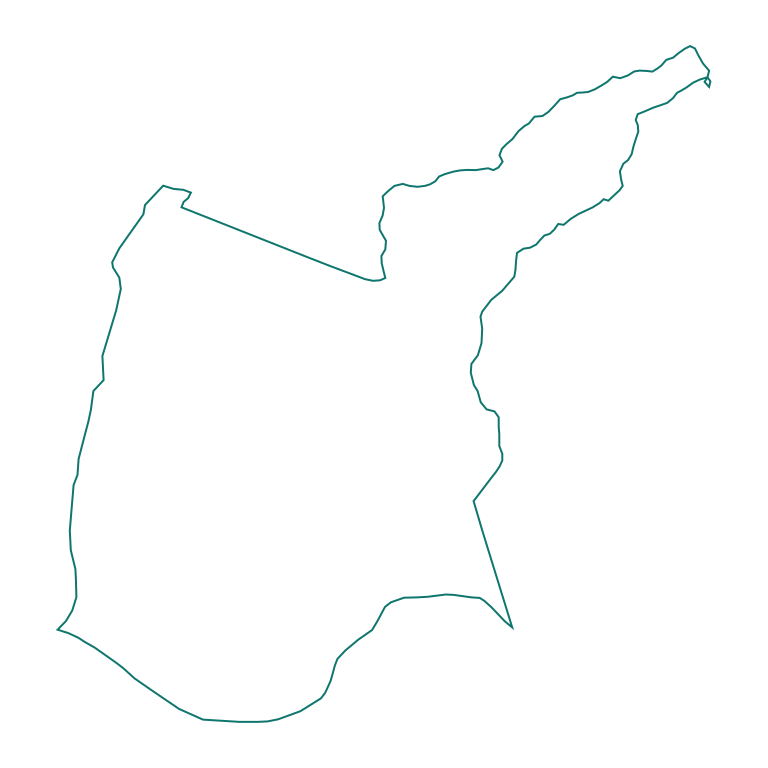 Salitre, Ceará, Brazil
{"feature_id": "56859067B98262319146081", "entity_name": "Salitre", "entity_type": "district", "adm_level": 2, "iso_a3": "BRA", "parent_name": "Brazil", "parent_adm1": "Ceará", "projection": "robinson", "projection_center": [-40.29, -7.185], "detail": "fine", "context": "isolated", "style": "outline", "palette": "teal", "viewbox_px": 768, "rotation_deg": 0, "n_neighbors": 0, "source": "geoboundaries", "source_scale": "gbopen_adm2", "svg_char_len": 2732}
<svg xmlns="http://www.w3.org/2000/svg" viewBox="0 0 768 768"><path d="M57.6,629.7L68.6,633.2L78.8,638.0L84.5,641.8L94.7,647.6L116.8,663.2L123.4,668.3L134.4,678.3L149.5,688.8L161.8,697.2L179.0,708.9L202.9,719.6L239.8,721.9L257.1,721.9L267.7,721.4L278.1,719.3L300.4,711.2L321.0,698.3L325.3,692.6L330.7,680.7L334.9,665.4L337.5,658.8L345.3,650.5L358.1,639.8L372.1,630.0L377.6,620.8L385.0,606.9L390.9,602.3L404.0,597.7L416.3,597.4L427.5,596.8L445.9,594.5L453.8,594.9L471.6,597.4L479.7,597.9L484.3,600.8L491.6,607.4L504.8,621.3L512.2,627.4L482.2,530.3L473.6,501.1L491.2,478.0L495.9,472.0L499.5,466.6L502.3,460.5L502.3,453.9L499.3,446.0L499.3,434.2L498.7,426.7L498.7,417.3L494.5,411.4L486.6,409.4L480.8,402.4L477.6,391.0L473.9,385.1L470.8,372.8L471.4,363.9L477.9,355.2L481.5,343.1L482.2,328.6L480.5,316.6L482.2,311.7L485.3,307.6L491.2,299.9L502.4,290.6L506.3,286.0L514.3,276.7L515.5,269.5L516.0,261.4L517.0,252.9L523.4,248.7L530.0,247.7L536.3,244.5L540.2,239.9L544.4,235.5L549.8,233.8L554.1,229.8L558.2,224.0L563.7,224.8L570.7,218.9L578.3,214.1L585.3,210.8L592.4,207.5L599.4,203.2L603.7,199.2L608.3,200.7L619.5,190.3L622.7,185.9L621.1,179.3L619.9,171.2L623.4,163.7L628.1,160.0L631.6,154.3L633.6,146.0L636.0,138.4L638.3,131.7L637.8,125.1L635.7,120.0L637.7,114.2L645.1,111.2L652.9,107.8L658.8,105.8L667.2,102.9L673.0,98.1L677.1,92.8L681.4,90.5L686.3,87.6L693.1,82.7L699.7,79.6L707.5,77.2L709.1,70.7L703.0,63.5L698.4,55.4L694.9,48.4L690.0,46.1L684.7,48.8L679.0,52.8L673.0,57.7L666.2,59.9L661.5,65.4L657.5,68.5L652.4,71.6L646.1,70.9L639.6,70.6L634.1,71.5L627.8,75.5L620.2,78.2L612.8,76.7L607.3,81.8L601.8,85.3L594.7,89.4L588.0,92.0L582.5,92.5L577.0,92.8L572.7,95.4L566.9,97.4L560.2,99.2L554.6,105.5L548.5,111.8L542.5,116.0L534.5,116.7L529.0,123.4L524.4,126.1L518.5,131.1L512.5,139.0L506.4,144.2L501.9,148.8L499.5,155.2L502.6,161.7L498.5,167.5L493.4,170.1L488.1,168.3L483.0,169.0L475.9,170.1L467.0,169.9L460.1,170.4L453.5,171.6L444.9,174.1L439.1,176.5L435.3,181.3L430.1,184.3L424.9,185.9L417.5,186.8L409.4,185.9L402.8,183.9L394.4,185.9L388.0,191.2L382.7,196.3L384.0,207.9L382.6,215.6L379.4,223.1L379.7,229.8L382.6,234.9L386.0,240.8L385.3,249.4L381.4,256.0L381.7,263.2L383.5,270.8L385.3,278.0L380.0,280.3L373.0,280.8L364.9,279.1L330.6,266.2L305.5,256.4L181.5,207.3L183.6,201.9L188.2,198.1L190.9,192.6L183.3,189.8L173.6,188.9L163.2,185.7L145.0,205.0L143.4,214.3L119.4,248.2L112.2,262.3L113.0,267.5L119.3,277.6L120.8,289.0L116.2,310.3L102.4,356.0L103.6,380.1L93.4,391.0L90.9,409.7L88.6,420.6L85.6,432.0L78.6,459.0L77.5,474.9L73.6,485.0L69.8,530.5L70.3,540.4L70.8,550.2L75.4,569.1L75.9,578.7L76.4,597.1L72.3,610.4L66.0,621.0L57.6,629.7ZM707.5,77.2L704.6,81.9L709.1,86.9L710.4,81.4L707.5,77.2Z" fill="none" stroke="#0f766e" stroke-width="2"/></svg>